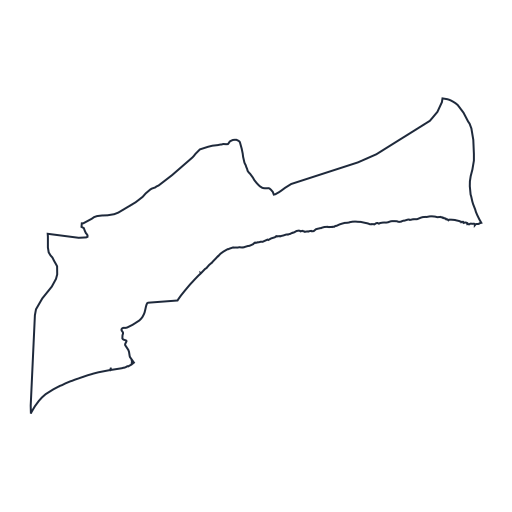 outline of Khanfar, Abyan, Yemen
{"feature_id": "15242507B88266569428979", "entity_name": "Khanfar", "entity_type": "district", "adm_level": 2, "iso_a3": "YEM", "parent_name": "Yemen", "parent_adm1": "Abyan", "projection": "robinson", "projection_center": [45.813, 13.334], "detail": "fine", "context": "isolated", "style": "outline", "palette": "slate", "viewbox_px": 512, "rotation_deg": 0, "n_neighbors": 0, "source": "geoboundaries", "source_scale": "gbopen_adm2", "svg_char_len": 5951}
<svg xmlns="http://www.w3.org/2000/svg" viewBox="0 0 512 512"><path d="M177.5,300.5L178.6,298.8L181.1,295.3L185.3,290.1L190.1,284.4L195.2,278.9L198.4,275.6L200.7,273.5L200.6,273.0L200.9,273.2L201.1,273.1L205.0,269.0L206.7,267.9L207.0,267.4L209.3,264.8L211.0,263.4L211.5,262.9L212.1,262.6L212.4,262.0L214.6,259.7L215.7,258.6L217.8,256.3L218.0,256.4L218.4,256.1L218.5,255.8L220.5,253.7L223.4,251.6L226.5,249.8L227.8,249.1L228.0,249.1L228.3,249.2L229.6,248.6L233.2,247.4L233.9,247.7L234.6,247.5L236.2,247.5L237.2,247.6L239.7,247.2L240.8,247.4L242.6,247.5L243.2,247.3L243.4,247.4L243.5,247.7L243.4,247.4L243.7,247.4L244.6,247.0L247.9,246.0L249.1,245.9L250.2,245.5L253.3,244.1L253.5,243.7L254.1,243.2L255.0,242.6L255.3,243.0L255.7,243.2L255.9,243.4L255.8,243.1L256.2,242.9L256.3,243.2L256.3,242.9L256.6,242.7L256.9,243.0L256.8,242.8L257.6,242.3L257.9,242.4L259.5,242.1L260.9,241.7L262.6,241.8L267.5,239.6L268.3,240.0L271.2,238.4L274.8,237.3L276.1,236.5L276.7,236.4L277.0,236.5L277.2,236.4L277.1,236.2L278.0,236.3L279.4,236.1L279.9,236.4L280.5,236.3L280.6,236.1L283.3,235.5L286.0,234.6L287.3,234.4L287.6,234.6L288.3,234.5L289.1,234.1L289.9,234.0L292.3,232.8L292.6,232.9L293.0,232.6L293.7,232.6L294.3,232.2L294.8,232.0L296.5,231.0L297.1,230.9L298.9,230.6L300.0,230.9L300.1,231.1L300.7,231.4L301.0,231.2L302.1,230.9L302.8,230.9L303.2,231.3L304.5,231.5L304.7,231.8L305.0,231.8L306.7,231.5L307.9,231.4L308.1,231.6L308.3,231.6L309.3,231.2L310.4,231.0L311.3,230.9L311.8,231.3L313.7,231.1L316.0,229.2L317.9,228.7L319.3,228.4L320.3,228.1L321.1,228.1L321.9,227.7L324.4,227.0L327.7,226.8L327.9,227.0L329.4,227.1L329.6,227.0L331.5,227.0L332.1,226.8L332.6,227.0L333.2,226.7L333.8,226.8L334.4,226.7L334.9,226.2L335.7,225.9L336.4,225.9L339.6,224.4L341.8,223.7L344.7,222.9L347.0,222.8L349.1,222.5L349.7,222.2L352.5,221.7L354.3,221.6L355.9,221.6L357.7,221.8L360.7,221.9L366.2,223.1L366.8,223.1L367.3,223.4L368.1,223.5L369.7,224.2L371.2,224.3L371.3,224.3L371.6,224.1L372.2,224.2L372.7,224.1L374.0,224.2L374.2,224.4L375.3,223.8L375.8,223.4L377.0,223.0L377.5,223.0L378.6,223.6L379.1,223.4L379.3,223.5L380.2,223.0L382.8,222.6L384.8,222.5L385.9,222.6L386.8,222.5L388.7,222.1L388.9,221.9L390.8,221.3L391.4,221.2L393.3,221.1L396.4,221.2L397.1,221.3L398.0,221.7L399.3,221.9L401.2,221.6L401.9,221.2L403.4,220.7L404.3,220.7L407.5,219.7L408.9,219.5L409.5,219.7L409.7,219.9L410.7,219.8L413.2,219.2L413.4,219.3L414.3,219.2L416.7,219.2L417.3,219.1L421.0,217.6L422.8,217.1L425.8,216.9L426.5,217.0L429.7,216.4L431.6,216.3L435.0,216.6L437.4,217.2L440.7,216.9L441.2,217.3L441.6,217.3L442.3,217.5L442.6,217.4L442.8,217.5L443.1,218.0L443.8,217.9L444.3,218.4L445.2,218.4L445.7,218.6L446.0,219.2L446.4,219.2L446.5,219.4L447.1,219.3L447.4,219.4L447.6,219.6L447.9,219.8L448.4,220.3L449.2,219.7L451.4,219.7L454.0,219.9L455.5,220.1L456.2,220.4L456.5,220.4L459.8,221.2L460.2,221.6L461.2,221.8L461.3,222.1L461.6,221.9L463.1,221.8L463.4,222.2L463.4,222.5L463.7,222.5L463.9,222.9L464.3,222.7L465.4,222.5L466.4,222.7L467.3,223.1L467.3,223.4L467.1,223.5L467.3,224.1L467.5,224.0L468.4,224.1L469.0,224.4L469.8,223.9L470.8,223.6L472.2,223.8L474.0,223.7L474.4,223.9L474.9,224.3L474.8,224.6L474.8,224.9L474.8,225.3L475.4,224.6L475.5,224.2L476.6,224.0L478.3,224.0L479.3,223.6L479.5,223.3L481.3,222.8L479.3,219.3L477.2,215.0L475.9,211.9L475.2,209.5L473.1,204.1L472.3,201.4L471.2,196.5L470.6,194.5L469.8,186.2L469.9,181.3L470.7,176.1L472.4,169.5L473.9,160.6L473.9,154.0L473.3,139.9L471.4,128.5L469.6,123.7L468.1,121.5L463.5,112.7L457.7,105.0L455.5,103.2L453.1,101.7L450.7,100.4L449.0,99.7L447.3,99.2L442.5,98.4L441.9,102.2L437.4,111.9L429.9,120.8L376.3,154.3L357.9,162.4L291.2,184.0L285.1,187.8L281.2,190.7L279.0,192.2L276.3,193.7L275.5,194.2L273.8,194.6L272.8,191.9L270.9,189.7L269.5,188.5L268.6,188.2L265.8,188.3L263.9,188.2L262.2,187.8L261.5,187.3L260.0,186.4L258.6,185.1L256.7,183.1L254.3,180.1L252.9,177.6L250.1,173.8L248.7,172.4L247.6,170.8L247.1,168.9L246.3,167.1L245.7,165.2L244.8,163.5L244.4,162.5L243.1,156.8L242.7,153.6L241.7,148.7L240.0,142.6L239.6,141.7L238.9,141.1L238.1,140.6L236.4,139.8L234.5,139.8L232.8,140.0L231.9,140.4L230.2,141.2L229.5,141.9L228.5,143.4L227.9,144.1L226.1,144.2L223.3,144.0L221.5,144.5L220.6,144.5L217.8,145.1L212.4,145.7L208.0,146.8L199.9,149.4L195.6,153.7L193.8,156.0L192.5,157.4L172.0,175.2L158.6,185.5L156.4,186.5L155.3,187.4L151.8,188.6L150.3,189.5L145.7,193.4L142.7,196.8L135.6,202.3L118.3,212.6L114.2,214.2L107.5,215.3L101.9,215.5L97.0,216.1L94.1,217.1L91.7,218.8L83.3,223.3L81.8,223.3L81.5,226.9L83.8,228.1L84.8,230.8L85.9,233.2L86.3,233.5L87.5,235.3L87.5,236.8L86.2,237.4L78.7,237.8L47.7,233.8L47.9,236.8L47.9,247.5L48.7,252.4L50.5,255.4L52.4,257.5L54.0,260.7L56.1,264.4L57.1,266.3L57.2,274.4L56.0,278.9L51.8,286.6L42.3,298.4L36.0,309.3L34.9,315.2L30.7,405.6L30.9,413.6L31.3,412.4L32.9,409.6L35.0,406.1L39.0,400.7L42.0,397.4L45.6,394.2L48.3,392.5L53.4,389.3L55.3,388.3L59.1,386.3L59.3,386.3L59.6,386.0L62.1,385.1L65.4,383.4L70.4,381.3L72.1,380.8L74.8,379.7L87.9,375.2L91.8,374.1L93.0,373.7L94.5,373.3L98.4,372.3L110.3,370.0L110.6,369.9L110.6,369.7L110.5,369.8L110.4,369.5L110.7,368.5L110.8,368.5L111.0,368.8L111.1,368.6L111.0,369.8L110.9,369.8L110.7,370.0L122.0,368.2L123.5,367.7L123.9,367.8L125.7,367.2L127.4,366.2L128.2,366.4L129.2,365.8L131.6,364.5L132.2,363.9L132.0,364.0L132.0,363.7L131.7,363.1L131.8,363.0L132.1,363.1L132.2,363.4L132.1,363.6L132.3,363.6L132.3,363.1L132.1,362.2L132.2,362.3L132.5,362.8L132.8,362.7L133.2,363.1L133.9,362.6L130.0,357.1L129.7,356.2L129.0,351.8L128.3,349.9L125.2,345.2L125.1,344.7L125.2,343.9L126.4,341.5L126.5,341.1L126.3,340.7L125.9,340.4L123.7,339.7L122.9,339.2L122.4,338.5L122.4,337.3L122.5,335.2L123.0,333.7L123.0,332.7L122.7,332.0L121.7,330.6L121.5,330.0L121.5,329.4L121.8,328.8L122.3,328.3L123.2,327.9L125.6,327.9L127.2,327.5L132.6,324.8L139.3,320.5L141.2,318.6L142.5,316.9L143.9,314.2L144.6,312.4L145.4,309.1L146.0,306.4L146.6,304.4L147.3,303.1L148.2,302.7L177.5,300.5Z" fill="none" stroke="#1e293b" stroke-width="2"/></svg>